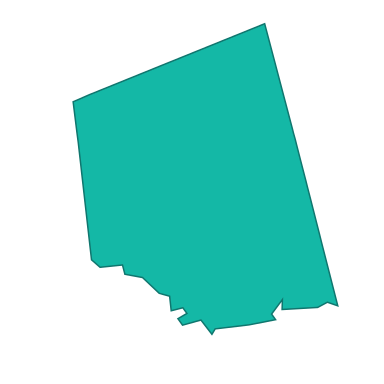 outline of Montgomery, Tennessee, United States of America, rotated 76°
{"feature_id": "52423323B95053612066868", "entity_name": "Montgomery", "entity_type": "district", "adm_level": 2, "iso_a3": "USA", "parent_name": "United States of America", "parent_adm1": "Tennessee", "projection": "albers", "projection_center": [-87.301, 36.477], "detail": "fine", "context": "isolated", "style": "filled", "palette": "teal", "viewbox_px": 384, "rotation_deg": 76, "n_neighbors": 0, "source": "geoboundaries", "source_scale": "gbopen_adm2", "svg_char_len": 683}
<svg xmlns="http://www.w3.org/2000/svg" viewBox="0 0 384 384"><g transform="rotate(76 192 192)"><path d="M46.3,80.8L72.7,267.6L75.7,285.5L106.9,289.3L116.5,290.4L233.5,305.9L242.8,299.4L246.0,277.1L255.6,277.0L263.0,260.7L282.4,248.3L287.7,238.9L302.2,240.9L302.1,228.9L308.6,226.3L311.5,236.3L318.9,233.4L318.4,214.3L334.9,207.1L330.4,202.6L334.7,168.8L336.1,141.8L329.7,144.3L318.2,130.3L327.8,133.0L334.4,98.0L331.7,87.3L337.7,78.1L273.7,78.5L273.4,78.5L264.2,78.5L247.2,78.6L245.5,78.6L227.0,78.7L215.3,78.8L210.8,78.8L208.8,78.8L187.8,79.0L171.9,79.1L166.0,79.1L159.6,79.3L154.7,79.3L89.5,80.2L88.5,80.2L46.3,80.8Z" fill="#14b8a6" stroke="#0f766e" stroke-width="1.5"/></g></svg>